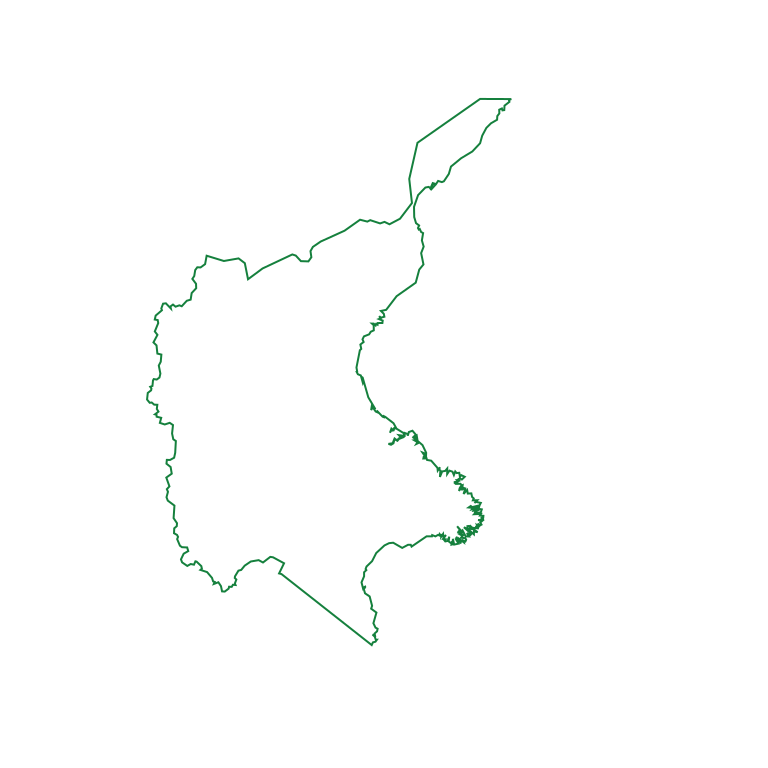 the district of Ijivitari District, Northern, Papua New Guinea, rotated 55°
{"feature_id": "67681753B98961984818312", "entity_name": "Ijivitari District", "entity_type": "district", "adm_level": 2, "iso_a3": "PNG", "parent_name": "Papua New Guinea", "parent_adm1": "Northern", "projection": "mercator", "projection_center": [148.78, -9.036], "detail": "fine", "context": "isolated", "style": "outline", "palette": "green", "viewbox_px": 768, "rotation_deg": 55, "n_neighbors": 0, "source": "geoboundaries", "source_scale": "gbopen_adm2", "svg_char_len": 6167}
<svg xmlns="http://www.w3.org/2000/svg" viewBox="0 0 768 768"><g transform="rotate(55 384 384)"><path d="M456.4,587.7L460.8,585.5L460.4,576.3L462.3,574.3L473.5,568.7L479.0,578.6L480.9,577.0L590.8,543.8L589.3,541.3L590.2,538.8L589.4,536.5L588.8,537.4L585.6,536.5L582.7,537.1L584.8,535.6L583.0,534.8L582.6,531.5L580.8,529.6L578.7,530.7L573.9,529.9L566.9,521.3L560.7,523.4L558.9,521.0L549.8,517.6L544.6,519.6L539.9,518.0L538.6,516.6L539.4,518.4L533.6,516.2L530.1,510.6L526.8,508.3L526.3,505.2L525.0,505.2L523.5,503.0L522.3,495.4L518.0,487.3L516.5,476.2L517.3,471.1L519.3,467.5L528.7,463.1L529.5,456.6L531.1,454.3L533.0,454.7L533.2,436.5L536.3,432.1L535.4,431.2L538.3,429.3L538.6,426.3L539.9,425.5L539.0,424.6L540.6,424.5L539.8,423.1L541.9,424.7L540.7,421.6L543.4,423.1L543.3,419.9L544.8,424.5L546.5,422.7L546.6,424.2L548.1,424.1L549.1,421.8L546.5,418.1L550.0,421.3L552.6,420.5L552.3,419.1L554.3,420.9L554.9,419.1L550.3,416.4L555.8,418.6L557.5,414.5L552.2,414.1L552.1,412.8L550.5,412.5L558.8,412.4L554.5,411.1L559.4,409.5L557.6,408.9L559.7,407.7L558.7,406.0L557.0,405.8L554.1,409.0L553.5,406.8L551.3,407.8L552.4,406.3L547.9,408.2L547.5,407.3L549.9,405.4L542.5,405.7L549.1,404.9L548.9,403.6L555.6,404.5L557.7,401.8L553.7,401.7L557.3,399.9L556.9,398.5L547.2,400.7L551.2,398.3L558.7,396.6L556.4,394.9L559.1,392.3L554.4,393.9L550.3,398.4L548.3,397.2L549.1,395.7L551.2,395.6L550.3,394.6L552.4,394.1L556.7,389.2L553.1,391.1L554.8,389.3L553.0,388.8L555.9,387.7L552.1,387.4L554.9,386.3L555.1,384.8L552.7,384.6L552.5,382.5L549.4,384.9L552.1,380.6L550.6,380.0L549.2,381.7L550.3,379.3L549.0,378.2L546.8,380.9L546.0,379.1L542.4,384.8L542.1,383.2L544.7,378.4L542.8,375.8L541.6,377.0L540.9,382.5L540.1,381.4L539.1,383.4L538.5,382.2L540.5,378.1L539.4,376.8L537.1,383.8L536.6,382.2L533.7,385.5L533.7,382.9L535.4,382.4L538.2,375.3L536.9,372.9L533.1,376.5L533.4,378.2L532.7,374.3L530.3,377.9L529.2,376.1L527.0,376.6L523.7,375.2L521.8,378.2L518.5,376.7L519.7,381.9L516.2,377.3L515.2,378.1L515.9,378.9L514.7,379.1L515.2,380.7L513.7,381.4L514.6,383.9L512.9,381.9L513.8,379.2L512.0,377.6L511.7,379.4L511.2,378.3L509.5,378.7L507.0,382.5L506.1,382.7L506.2,381.5L504.6,383.1L506.1,379.1L504.7,379.3L505.8,377.8L504.7,377.9L504.7,376.1L506.9,375.0L506.3,371.1L503.0,373.0L503.7,375.1L499.9,373.3L498.6,375.6L496.5,375.8L498.7,379.0L495.1,378.2L492.5,380.1L494.0,383.9L489.5,380.7L490.3,383.7L489.0,386.5L492.2,391.5L487.2,387.4L485.7,388.0L484.3,385.9L485.7,389.6L483.3,388.3L473.9,389.3L470.9,392.3L468.4,391.5L468.9,392.5L467.6,394.5L466.5,393.3L467.3,391.9L462.2,391.8L464.5,390.3L467.8,391.4L464.5,388.9L456.1,387.5L450.7,388.9L452.0,390.0L451.7,391.8L450.9,389.9L447.4,391.5L448.1,390.1L445.9,390.3L446.3,388.9L450.1,389.2L444.8,386.7L444.5,391.6L443.8,387.0L438.6,387.5L437.6,391.2L440.0,394.2L438.4,393.4L436.0,395.1L438.5,397.0L437.7,398.6L438.7,398.7L437.6,403.3L438.2,405.6L435.2,407.0L438.0,410.3L437.8,413.1L435.6,414.7L437.5,410.9L434.7,406.6L437.7,405.6L437.1,403.3L437.6,399.6L436.4,400.9L434.4,401.2L438.0,397.3L435.7,396.0L427.0,399.7L426.5,401.5L427.5,402.7L426.3,405.2L427.4,407.1L424.8,403.5L426.8,403.0L425.9,401.0L426.3,399.2L421.6,398.7L411.7,401.8L409.1,403.2L412.2,402.4L410.0,403.9L401.5,405.2L403.8,405.4L401.8,406.6L396.6,406.6L398.0,409.5L394.5,406.1L399.7,405.5L385.9,404.5L366.5,397.8L365.7,398.1L370.2,399.8L370.8,400.6L363.7,398.1L361.0,399.8L357.3,399.3L359.2,399.2L354.7,397.1L342.5,384.4L342.2,382.5L338.1,380.7L337.9,376.6L335.1,376.0L333.5,373.1L334.8,367.7L333.6,364.9L334.2,361.6L329.9,358.7L327.6,359.2L328.6,357.8L331.2,357.3L330.3,356.1L331.7,355.3L330.4,354.3L333.1,350.3L331.3,348.7L327.9,350.9L328.3,349.3L325.7,349.0L327.9,348.5L329.1,345.1L326.4,343.9L322.4,344.6L324.5,339.7L319.3,323.3L319.2,299.9L310.5,289.5L308.7,283.1L298.1,278.5L294.2,272.7L288.1,270.6L282.8,265.4L280.8,266.4L277.6,265.8L277.5,266.9L275.7,266.7L274.3,264.3L270.6,265.5L264.6,263.5L256.1,257.8L248.8,247.7L246.8,237.4L248.2,234.3L250.4,233.8L247.4,228.8L250.1,226.7L248.7,223.2L251.8,220.8L252.3,218.7L249.1,210.4L244.3,204.4L243.3,191.3L244.2,178.3L241.9,167.2L236.9,161.1L232.9,153.2L231.8,146.8L232.4,139.8L229.5,137.5L228.5,134.3L225.4,132.3L225.9,129.4L227.8,130.0L228.6,128.4L225.1,125.6L224.8,119.4L223.1,118.8L223.6,116.3L205.6,141.8L205.6,218.2L230.5,245.7L251.8,257.3L257.8,276.1L256.3,287.9L251.5,290.6L250.2,295.1L241.9,301.3L241.4,304.5L235.7,309.4L235.8,328.4L231.0,354.1L230.9,363.6L233.0,368.0L238.5,370.8L240.2,375.6L235.7,381.6L228.2,382.6L225.3,384.8L219.7,417.2L220.2,435.3L205.2,428.7L197.7,431.1L191.4,444.6L177.2,455.7L183.2,461.8L183.3,467.4L181.3,470.0L182.4,473.3L186.7,477.5L188.0,480.7L194.1,480.5L197.8,482.9L199.2,489.4L204.0,494.0L202.7,497.8L204.3,505.1L202.2,506.5L201.1,510.4L197.9,511.3L198.0,514.5L199.9,515.3L192.8,516.4L191.5,518.9L194.4,523.1L196.2,523.6L197.0,531.8L199.7,534.8L201.8,532.7L204.6,534.0L209.5,541.6L213.8,541.4L217.7,549.0L221.9,548.2L229.1,552.2L232.2,549.5L237.7,554.1L239.7,557.9L247.2,561.2L249.9,564.2L250.0,567.6L247.9,569.8L248.6,571.2L252.8,574.8L252.2,577.1L254.3,577.1L255.6,578.4L255.8,582.6L260.8,587.0L265.0,586.7L265.9,584.9L269.1,584.1L271.0,581.6L274.1,584.4L277.3,584.6L277.5,589.0L278.7,588.0L280.4,589.0L283.9,585.9L287.3,589.9L291.4,586.8L292.9,581.8L296.6,580.4L303.0,586.0L308.4,588.3L311.3,587.2L320.6,594.5L324.0,598.2L323.5,602.8L321.6,605.4L324.5,607.9L329.6,606.4L335.7,609.3L335.8,616.0L344.8,618.5L345.6,622.2L348.4,622.8L352.0,627.1L355.5,628.0L363.4,625.4L373.2,633.3L379.3,633.4L381.6,635.3L381.9,638.6L385.8,641.6L388.9,640.1L391.1,640.4L392.4,642.4L399.4,643.9L401.8,643.1L405.0,639.0L408.6,640.2L408.1,645.4L411.2,650.9L414.3,651.7L420.2,649.5L420.6,645.6L423.0,643.3L421.1,640.2L422.0,639.4L428.4,638.1L430.8,639.1L431.0,641.0L436.6,636.8L444.2,636.1L447.7,637.2L449.0,636.2L450.2,638.1L451.4,633.4L456.1,633.5L461.0,635.6L462.7,633.5L462.5,628.6L461.2,627.2L462.8,625.1L461.8,622.9L463.5,620.9L461.8,620.5L459.5,617.1L457.3,617.5L456.1,616.4L453.4,610.3L454.4,607.6L452.9,602.3L453.0,594.9L456.4,587.7ZM251.9,234.6L250.4,227.9L249.4,227.6L248.2,229.3L251.9,234.6ZM540.3,517.5L539.5,515.8L539.2,515.7L539.1,516.5L540.3,517.5Z" fill="none" stroke="#15803d" stroke-width="2"/></g></svg>